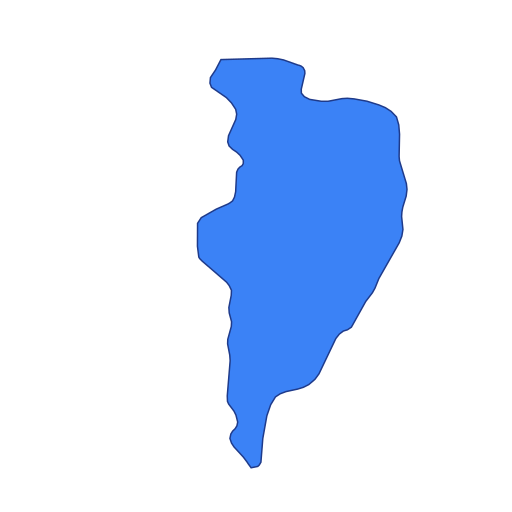 Guairá, Albers equal-area conic projection, rotated 117°
{"feature_id": "PRY-608", "entity_name": "Guairá", "entity_type": "Department", "adm_level": 1, "iso_a3": "PRY", "parent_name": "Paraguay", "parent_adm1": "", "projection": "albers", "projection_center": [-56.21, -25.878], "detail": "fine", "context": "isolated", "style": "filled", "palette": "blue", "viewbox_px": 512, "rotation_deg": 117, "n_neighbors": 0, "source": "natural_earth", "source_scale": "10m", "svg_char_len": 1633}
<svg xmlns="http://www.w3.org/2000/svg" viewBox="0 0 512 512"><g transform="rotate(117 256 256)"><path d="M179.2,134.4L220.3,136.3L230.6,135.4L235.9,135.6L246.7,137.6L276.1,138.7L280.2,141.0L283.2,144.1L287.7,146.3L293.3,147.4L332.4,146.4L339.1,147.5L346.6,150.6L351.5,154.2L355.6,158.4L363.2,167.7L367.8,171.9L372.7,174.7L381.9,175.4L393.4,173.8L415.5,167.1L437.5,158.0L440.8,158.2L442.7,158.9L446.9,164.2L444.7,168.6L443.7,170.3L440.9,176.0L436.1,188.9L433.8,192.9L430.4,196.4L426.0,197.6L422.6,197.3L419.4,196.2L416.0,195.9L412.3,196.9L406.9,201.6L404.2,205.2L400.3,213.2L398.5,215.4L393.7,218.1L361.0,231.5L356.2,234.4L347.2,241.4L343.1,243.3L330.0,246.0L325.7,247.9L318.9,254.0L314.2,256.8L302.3,260.2L297.7,262.3L294.5,266.5L292.7,270.3L285.0,301.6L283.9,304.9L283.5,305.6L282.9,306.5L273.9,312.6L253.4,322.9L246.7,322.2L232.3,312.7L222.3,304.5L220.6,303.4L217.6,301.9L213.3,301.9L208.0,303.3L190.1,311.3L186.7,311.5L184.2,310.8L181.8,309.4L179.4,309.3L176.4,310.8L173.5,315.9L172.2,320.5L171.6,325.4L170.2,329.9L167.2,333.0L161.3,335.1L143.5,336.0L138.4,337.6L134.5,340.7L130.7,347.4L128.3,354.3L125.9,372.2L122.9,375.5L117.7,377.6L108.6,376.5L96.9,376.4L72.5,331.6L70.4,326.3L68.8,320.5L66.8,305.1L66.5,304.2L66.3,302.0L66.8,299.5L68.8,296.7L71.2,295.3L86.8,291.4L90.3,289.5L92.1,285.3L92.1,279.3L88.5,268.1L85.4,262.0L76.7,250.8L74.0,246.2L71.5,240.0L67.7,227.4L65.6,215.1L65.1,208.0L65.8,201.3L68.3,194.0L74.4,188.3L82.3,183.4L102.3,173.7L106.0,171.4L123.2,154.9L128.1,151.7L134.4,149.4L145.8,147.4L150.5,146.0L154.7,144.2L165.7,137.1L172.0,135.1L179.2,134.4Z" fill="#3b82f6" stroke="#1e3a8a" stroke-width="1.5"/></g></svg>